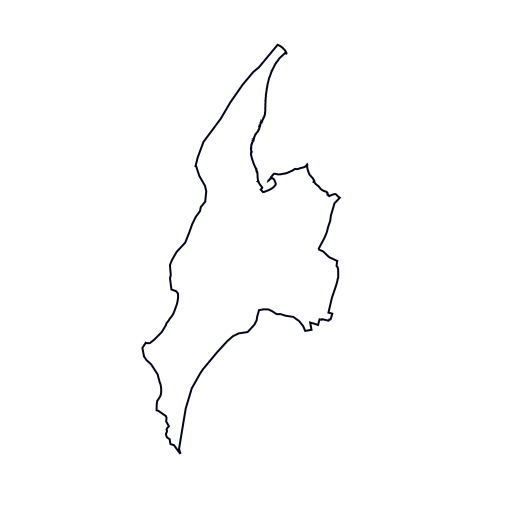 the district of Kotawaringin Barat, Kalimantan Tengah, Indonesia, rotated 194°
{"feature_id": "22746128B93777795819955", "entity_name": "Kotawaringin Barat", "entity_type": "district", "adm_level": 2, "iso_a3": "IDN", "parent_name": "Indonesia", "parent_adm1": "Kalimantan Tengah", "projection": "orthographic", "projection_center": [111.727, -2.548], "detail": "fine", "context": "isolated", "style": "outline", "palette": "ink", "viewbox_px": 512, "rotation_deg": 194, "n_neighbors": 0, "source": "geoboundaries", "source_scale": "gbopen_adm2", "svg_char_len": 5792}
<svg xmlns="http://www.w3.org/2000/svg" viewBox="0 0 512 512"><g transform="rotate(194 256 256)"><path d="M286.1,466.2L298.9,439.6L303.1,434.0L310.4,419.0L318.0,399.0L323.5,380.5L334.6,353.9L336.4,337.5L336.4,328.7L335.9,328.8L330.4,320.0L322.4,311.7L319.9,306.7L318.4,296.4L321.4,290.1L321.2,286.1L323.9,279.3L325.6,271.5L326.4,263.2L327.9,251.9L334.1,240.6L336.6,231.6L337.3,226.3L334.1,217.0L334.1,213.7L330.0,203.1L325.0,202.5L322.7,200.8L321.6,197.0L321.2,193.5L321.1,190.1L321.5,186.1L321.9,182.4L322.3,180.0L322.6,178.9L323.0,177.4L324.5,174.3L325.1,172.3L326.6,169.0L326.8,166.7L329.1,159.3L334.3,150.5L338.0,145.7L341.5,144.9L342.0,145.1L344.0,139.3L340.4,131.5L337.0,128.4L331.5,125.5L322.8,117.3L319.1,110.5L317.9,108.9L316.9,106.9L315.9,104.3L315.1,101.1L314.8,98.3L315.3,95.6L316.8,91.4L316.5,88.5L315.8,85.0L315.1,82.2L313.4,82.2L304.6,78.8L303.7,77.4L303.1,73.7L299.3,69.7L300.6,67.4L300.8,66.0L299.9,64.5L300.3,61.4L299.9,60.5L298.7,58.6L295.3,57.2L294.5,54.9L293.4,52.8L289.8,52.6L283.7,47.4L281.4,45.8L284.0,50.1L286.7,83.4L287.3,91.3L286.3,112.1L281.8,128.4L280.2,133.0L270.4,153.3L263.3,166.4L258.9,172.7L253.9,176.8L245.7,180.2L240.9,189.1L240.3,191.9L239.8,193.5L240.2,197.3L240.0,204.2L235.7,206.1L230.9,207.2L226.9,206.3L222.0,204.6L217.9,205.6L213.3,205.2L205.0,205.9L198.4,203.3L193.3,199.4L190.1,195.2L184.3,197.8L187.3,204.5L185.2,204.4L183.7,204.5L183.3,204.4L179.1,204.1L179.0,209.9L176.9,210.0L176.6,210.7L170.0,210.8L169.5,211.7L169.5,212.2L168.6,212.4L168.2,213.1L168.0,218.5L172.0,218.6L172.2,230.1L172.2,234.3L171.2,246.0L171.0,250.9L171.2,253.9L171.0,254.7L171.6,257.4L172.3,260.2L173.1,262.9L173.5,263.8L174.3,265.0L175.4,265.8L176.0,270.1L175.9,270.8L184.9,272.6L192.0,276.7L196.3,277.4L196.9,278.3L193.9,290.4L193.1,295.7L193.0,300.0L193.1,301.0L192.5,307.9L193.1,313.3L192.6,326.1L188.8,332.8L189.6,333.1L191.3,333.9L193.2,335.1L193.7,335.3L194.2,335.3L195.7,334.6L197.6,333.3L199.1,332.2L199.4,331.8L199.6,331.9L200.5,332.2L200.7,332.7L200.8,332.8L201.2,332.8L201.1,333.2L201.5,333.3L201.9,333.7L202.0,334.1L201.9,334.5L202.2,334.9L203.4,335.3L206.4,335.6L208.6,336.3L209.4,336.7L212.0,338.7L215.1,340.1L216.4,341.0L216.9,341.6L217.1,341.6L217.1,341.9L217.4,342.0L217.5,342.0L217.4,342.1L217.5,342.4L217.6,342.6L217.8,342.6L217.7,343.0L217.9,343.1L218.0,343.5L218.4,343.7L219.7,345.2L223.0,347.3L223.6,347.8L224.1,348.3L225.6,350.5L226.9,352.6L227.8,354.5L228.3,356.6L228.4,357.2L228.5,357.3L229.1,355.8L229.6,355.0L230.1,354.4L230.9,353.8L232.4,352.9L233.7,352.3L234.7,351.7L235.3,351.2L236.5,350.5L238.0,350.0L238.6,350.1L238.9,349.9L239.3,349.8L240.7,348.4L240.8,348.2L241.0,348.1L241.2,347.8L241.4,347.5L242.3,347.0L242.6,346.7L243.2,346.2L244.1,345.4L244.7,345.2L245.3,344.5L246.0,344.1L245.9,344.1L246.1,344.0L246.3,343.8L247.2,343.3L248.1,342.8L249.3,342.5L251.2,341.5L252.9,340.9L254.4,340.5L257.5,340.4L258.7,340.0L258.9,339.7L259.0,339.0L259.7,337.9L259.8,337.4L260.4,336.3L260.3,336.1L260.1,336.6L261.5,333.1L262.2,332.4L262.2,332.1L261.5,332.9L261.3,333.5L260.3,335.2L260.0,335.3L259.7,335.1L259.3,335.3L258.9,335.4L258.3,335.3L257.5,335.0L256.6,334.3L255.9,333.1L255.1,332.2L254.8,331.7L254.5,331.2L254.2,330.6L254.2,329.8L255.3,327.5L256.7,325.7L257.6,324.7L258.8,323.7L259.1,323.5L259.5,323.1L260.3,322.5L261.1,322.0L261.5,321.6L263.5,320.2L264.6,319.7L267.5,321.6L266.6,323.2L266.4,323.6L266.5,324.0L269.5,326.3L271.3,328.1L271.7,328.9L271.8,328.9L271.7,329.0L271.8,329.1L272.3,329.7L273.5,332.8L274.4,336.0L274.6,336.4L274.7,336.7L275.1,337.7L275.3,337.7L275.3,337.9L275.5,338.0L275.4,338.1L275.6,338.3L275.6,338.5L276.2,339.0L276.2,339.3L276.6,339.8L276.6,340.2L276.8,340.2L276.8,340.4L276.9,340.5L277.1,340.6L277.3,341.0L277.7,341.3L277.8,341.6L278.5,342.3L278.8,342.8L279.5,343.6L280.7,345.2L283.2,349.2L285.1,352.6L285.4,353.8L285.3,354.0L285.5,353.8L285.6,354.3L285.6,354.5L285.7,354.8L285.5,355.1L285.7,355.3L285.4,355.7L285.4,356.0L285.5,356.0L285.7,356.4L286.0,356.6L286.0,356.8L286.0,357.0L286.3,357.3L286.9,359.0L286.7,359.2L286.8,359.4L286.7,359.5L287.1,360.5L287.0,361.0L287.2,361.5L287.3,361.9L287.2,362.2L287.3,362.6L287.2,363.0L287.4,363.2L287.3,363.6L287.5,363.6L287.3,363.6L287.2,363.7L287.2,364.9L286.9,365.3L287.0,365.8L286.8,366.6L287.0,366.9L286.8,367.0L286.6,367.4L286.3,367.5L286.3,367.9L286.5,368.3L286.4,369.2L286.6,369.2L286.5,369.3L286.5,370.3L286.4,370.9L286.2,372.2L286.2,373.1L285.8,374.0L285.7,374.1L285.8,374.4L285.6,374.5L285.1,375.8L284.2,377.6L284.1,378.2L284.2,378.5L284.3,378.4L284.3,378.5L284.1,378.6L284.0,378.9L283.7,379.8L283.8,380.7L283.7,381.5L283.9,381.9L283.7,382.0L283.6,382.4L283.8,382.4L283.8,382.6L283.7,382.7L283.7,383.0L283.7,383.3L283.9,383.3L283.8,383.5L284.0,383.8L283.6,384.1L283.7,384.8L283.6,385.3L283.4,386.0L283.4,386.3L283.6,386.5L283.3,386.2L283.2,386.3L283.7,386.7L283.5,386.9L283.5,387.1L283.3,386.8L283.1,386.7L282.8,386.8L283.2,386.7L282.9,386.7L283.3,386.5L283.0,386.5L282.8,386.7L282.5,389.8L282.1,391.6L282.2,391.8L281.8,392.7L281.8,393.3L281.7,393.3L281.6,395.9L282.0,397.7L282.0,398.4L282.2,399.4L282.7,401.5L283.1,402.5L282.9,402.0L283.0,403.2L283.7,405.7L283.8,406.8L284.3,408.7L284.4,408.8L284.3,409.0L284.8,411.5L285.0,413.2L285.3,414.2L285.6,417.1L285.9,420.6L286.0,420.8L286.1,421.0L286.0,421.7L286.3,425.4L286.3,432.3L286.0,433.3L285.7,437.4L285.4,439.3L285.5,439.5L285.3,439.7L285.4,439.8L285.3,440.0L284.8,442.2L284.4,443.6L284.4,444.1L284.0,445.7L283.8,446.2L283.8,446.7L283.1,448.3L283.2,448.6L282.6,449.7L282.2,450.5L281.3,453.1L279.8,455.6L279.1,456.5L278.5,457.4L278.1,458.2L276.7,460.2L276.7,460.5L276.4,460.2L276.2,460.1L275.8,460.1L275.8,459.7L275.5,459.7L275.4,459.9L276.1,461.0L277.4,462.4L278.1,463.0L278.6,463.2L280.7,464.5L281.4,464.8L281.8,464.9L282.2,465.2L283.8,465.7L286.1,466.2Z" fill="none" stroke="#020617" stroke-width="2"/></g></svg>